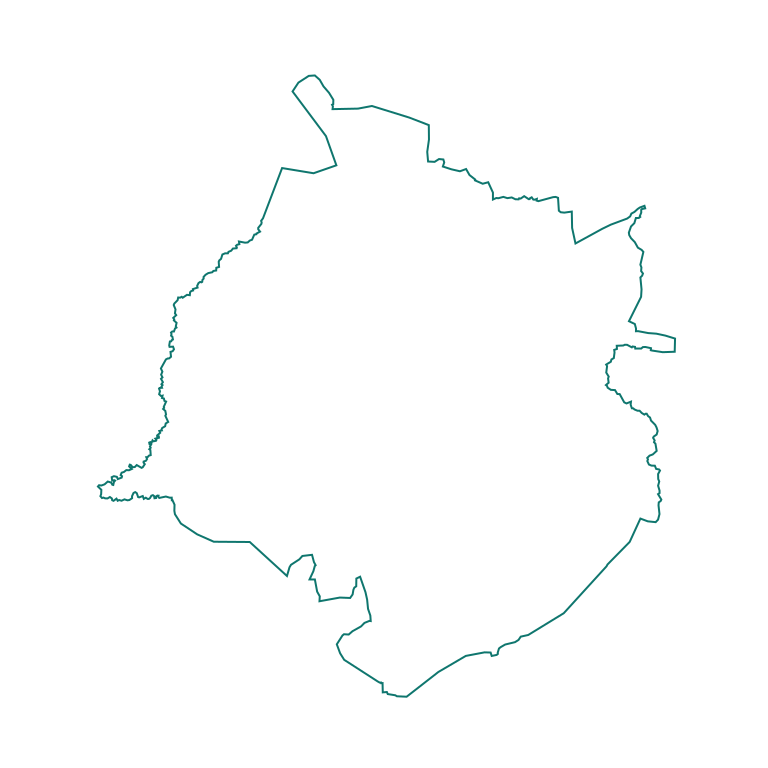 Na Dun, Maha Sarakham, Thailand (Natural Earth projection), rotated 85°
{"feature_id": "78962969B11651744755844", "entity_name": "Na Dun", "entity_type": "district", "adm_level": 2, "iso_a3": "THA", "parent_name": "Thailand", "parent_adm1": "Maha Sarakham", "projection": "natural_earth1", "projection_center": [103.237, 15.719], "detail": "fine", "context": "isolated", "style": "outline", "palette": "teal", "viewbox_px": 768, "rotation_deg": 85, "n_neighbors": 0, "source": "geoboundaries", "source_scale": "gbopen_adm2", "svg_char_len": 6153}
<svg xmlns="http://www.w3.org/2000/svg" viewBox="0 0 768 768"><g transform="rotate(85 384 384)"><path d="M70.5,432.1L76.3,443.0L84.6,449.6L132.0,420.2L162.0,412.4L167.9,435.8L160.0,466.7L208.4,490.1L210.8,492.2L212.3,491.8L213.8,492.2L217.5,495.7L218.9,495.8L221.4,494.2L223.0,497.9L223.7,498.1L223.9,500.2L228.8,502.9L229.4,505.2L231.1,507.4L231.1,510.1L229.4,516.1L232.1,515.9L232.5,518.2L233.4,519.4L235.1,518.7L235.9,519.0L235.9,522.7L237.9,524.6L238.8,527.4L240.2,528.1L240.0,531.0L240.9,533.7L245.1,535.4L246.5,537.3L247.8,538.0L253.0,538.1L253.6,540.9L256.3,541.3L256.5,544.1L257.7,545.3L258.2,549.4L259.6,552.2L261.6,554.4L263.3,554.5L264.5,555.8L266.4,556.2L266.8,556.9L266.3,558.3L267.3,560.0L270.0,561.6L271.7,561.3L272.8,566.1L274.2,566.0L274.6,567.9L275.7,569.2L278.6,569.7L278.0,572.5L280.5,577.0L279.5,577.9L280.2,579.6L279.9,581.5L282.5,582.3L285.6,585.9L287.0,586.6L291.5,585.2L295.4,586.1L297.3,585.0L299.8,588.2L301.3,587.3L302.3,587.8L305.0,585.3L308.4,586.4L309.7,585.8L310.4,587.3L313.4,588.7L313.2,590.3L314.2,591.7L315.6,591.3L317.3,591.9L318.4,590.7L321.3,590.4L321.8,591.6L322.9,592.2L323.0,593.6L326.8,594.6L328.3,594.4L328.4,590.9L331.1,590.2L332.9,591.7L333.4,593.9L338.3,593.8L339.8,595.9L339.7,597.2L340.5,599.1L349.1,604.9L352.4,603.7L355.3,605.2L358.1,604.1L359.4,605.7L362.9,604.1L364.8,605.7L365.8,604.7L367.2,605.9L368.4,605.5L368.4,607.9L368.9,608.5L371.7,607.8L374.6,608.9L376.5,607.2L376.3,605.6L378.6,606.4L379.3,604.5L381.7,604.2L382.5,602.6L387.6,605.4L388.6,605.1L389.6,606.2L391.7,604.2L395.3,603.8L396.6,604.6L403.0,602.3L404.3,604.9L407.0,605.7L408.5,608.8L410.2,609.7L410.9,609.4L411.2,611.9L413.1,611.2L415.5,614.5L416.8,614.5L416.7,612.9L417.9,612.9L418.5,616.5L419.9,615.6L420.7,616.1L421.0,618.6L420.0,619.5L422.4,620.7L421.5,621.8L421.9,623.0L423.6,622.8L424.2,621.4L425.9,622.6L427.2,622.0L428.5,623.5L429.4,622.5L434.5,622.6L434.9,624.5L436.2,625.8L436.2,627.2L438.1,626.6L439.7,627.8L440.3,630.2L441.3,630.4L443.0,629.3L445.9,631.6L446.4,632.8L443.2,637.4L445.0,639.5L445.0,641.6L442.5,643.4L442.2,644.3L443.9,645.1L446.7,642.7L447.7,645.6L447.3,648.2L449.0,650.8L449.5,653.1L451.8,654.3L453.0,653.0L454.4,653.5L455.5,657.5L453.2,658.2L452.3,661.1L453.1,663.4L456.5,663.2L456.3,661.1L456.8,660.3L458.1,661.6L461.0,662.5L460.7,663.4L458.4,664.4L457.1,667.7L459.6,671.1L460.5,674.4L460.0,676.7L461.2,677.9L464.8,674.8L469.2,675.4L471.0,676.3L473.0,674.9L472.7,673.4L473.6,671.8L473.9,669.4L472.7,666.9L474.3,665.1L476.1,664.9L476.8,663.6L474.9,660.5L477.1,659.5L476.5,658.0L477.4,655.6L476.3,652.6L477.5,649.7L477.4,647.8L475.8,644.9L473.8,644.8L470.7,643.0L470.0,641.3L471.2,639.8L475.2,638.8L475.6,637.8L474.6,634.1L477.5,633.3L476.5,631.2L477.9,629.5L478.0,628.3L477.2,627.0L475.0,625.5L474.6,623.9L475.6,622.8L477.8,622.6L477.7,621.0L476.2,621.0L475.4,619.5L475.6,618.4L476.6,618.8L477.9,617.8L477.1,611.1L478.6,607.3L478.7,605.4L481.2,605.5L481.1,604.9L486.0,603.2L492.1,603.9L495.5,603.6L505.3,598.5L517.5,583.2L526.3,567.3L529.7,531.5L566.8,497.4L558.3,494.1L556.0,492.4L551.3,483.6L548.2,480.3L547.9,470.6L555.3,469.3L558.6,467.9L559.3,468.8L564.4,470.7L572.2,475.2L572.7,469.9L585.0,468.7L589.9,466.5L594.8,467.2L592.9,446.6L594.2,436.4L590.9,433.6L586.3,432.4L584.3,431.3L583.1,429.3L575.4,428.5L573.9,424.6L589.8,420.6L597.3,419.6L606.6,419.5L613.5,417.8L619.0,417.9L618.7,419.1L620.3,424.3L623.5,428.0L627.5,436.9L630.5,441.0L629.8,445.7L630.9,447.3L639.2,453.7L648.4,451.2L655.3,447.7L679.7,416.3L681.1,414.3L681.1,413.0L681.8,412.9L681.8,411.5L691.1,412.1L691.1,408.0L693.2,407.3L695.1,399.8L696.2,398.4L697.5,388.7L675.6,354.9L662.0,326.2L660.1,307.2L660.8,301.2L664.3,300.4L663.7,295.4L662.8,294.1L661.5,294.1L657.5,292.5L656.3,290.7L654.1,286.0L652.6,276.0L650.7,272.3L647.6,269.8L646.6,262.2L628.0,224.9L585.0,178.2L583.3,177.1L562.7,153.0L540.4,140.3L543.8,133.2L545.3,125.4L543.0,122.8L537.6,120.9L528.8,121.1L525.9,120.6L524.6,118.5L523.3,117.8L517.6,120.6L516.7,119.0L514.2,118.8L509.2,119.8L505.1,118.3L502.6,119.1L497.6,118.8L494.3,116.6L493.1,117.4L492.3,120.3L489.0,121.3L488.6,124.7L487.3,127.1L483.7,128.4L482.1,127.6L480.6,128.2L478.5,125.7L477.6,122.4L474.4,118.2L467.1,118.8L465.5,120.1L463.8,119.3L461.1,120.6L459.9,119.9L458.1,116.8L454.7,115.5L451.0,116.3L448.3,117.4L443.7,121.2L440.6,121.9L439.0,123.7L436.5,124.9L436.4,126.0L437.2,127.3L435.3,129.8L432.9,131.7L432.7,133.8L431.2,136.7L430.0,137.8L429.8,139.2L426.1,140.1L423.1,139.5L424.5,144.1L423.2,146.3L414.6,150.1L414.3,152.4L410.2,154.4L409.6,158.5L407.2,161.5L405.3,162.0L404.4,163.0L402.3,160.1L398.0,160.3L396.2,159.5L392.0,161.6L385.6,160.2L384.0,161.0L381.6,156.1L379.4,155.3L378.2,152.8L372.7,151.6L370.1,151.7L369.4,148.9L366.2,148.8L366.5,142.3L365.9,140.7L366.1,138.5L369.1,133.9L368.3,133.1L368.9,130.7L370.6,130.6L371.1,124.7L369.8,122.9L369.9,120.4L371.6,114.9L373.6,115.3L374.0,114.2L376.6,103.5L377.2,91.6L364.1,90.1L360.3,99.5L357.6,108.3L356.3,116.3L353.5,126.3L353.4,128.4L350.7,128.1L346.1,128.9L342.8,134.5L319.6,120.3L312.2,119.2L300.2,119.3L298.6,117.4L296.5,116.4L293.9,118.0L290.3,117.4L287.5,118.2L275.0,114.1L272.8,115.7L270.3,119.2L264.5,121.8L260.3,125.2L257.1,126.7L254.6,126.9L248.6,124.2L245.6,120.6L240.6,118.6L240.8,115.7L239.9,114.2L239.2,114.6L235.7,112.8L232.9,112.6L232.2,111.8L231.8,108.5L229.2,109.0L230.5,113.8L231.8,116.1L234.4,119.5L235.8,122.7L238.5,124.2L240.4,127.4L245.0,144.1L248.4,153.0L260.7,181.0L244.9,183.0L228.6,181.9L229.0,189.4L228.3,193.0L226.6,194.7L213.7,194.4L212.6,196.7L212.6,199.3L215.3,214.3L214.6,216.0L212.9,215.6L213.5,217.7L213.3,219.2L210.9,220.6L211.6,222.3L212.5,222.8L212.5,223.7L209.1,228.0L211.2,231.7L210.8,233.2L211.8,233.8L211.4,237.0L209.3,240.5L209.6,244.9L208.0,248.8L208.9,253.9L208.5,255.9L209.7,259.4L202.8,258.8L192.1,262.6L193.1,268.2L189.1,275.6L188.3,275.3L183.3,280.6L177.0,283.5L178.7,289.8L176.0,298.1L172.5,306.4L168.5,304.7L165.5,305.3L164.7,309.6L167.1,314.2L166.2,320.7L156.5,320.7L144.4,317.9L130.0,316.8L120.8,335.6L106.0,371.8L107.4,385.9L105.7,411.3L102.9,410.7L101.3,411.4L100.8,410.2L96.5,409.7L89.1,413.4L82.3,418.3L75.4,421.5L70.6,426.0L70.5,432.1Z" fill="none" stroke="#0f766e" stroke-width="2"/></g></svg>